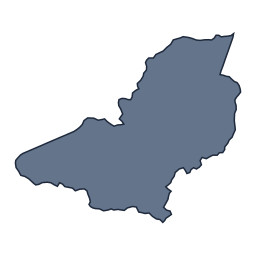 outline of Terra Nova, Pernambuco, Brazil
{"feature_id": "56859067B57028644617206", "entity_name": "Terra Nova", "entity_type": "district", "adm_level": 2, "iso_a3": "BRA", "parent_name": "Brazil", "parent_adm1": "Pernambuco", "projection": "albers", "projection_center": [-39.396, -8.152], "detail": "fine", "context": "isolated", "style": "filled", "palette": "slate", "viewbox_px": 256, "rotation_deg": 0, "n_neighbors": 0, "source": "geoboundaries", "source_scale": "gbopen_adm2", "svg_char_len": 2398}
<svg xmlns="http://www.w3.org/2000/svg" viewBox="0 0 256 256"><path d="M217.2,155.2L219.4,152.7L222.7,152.6L224.7,149.6L224.7,147.0L227.7,143.3L229.2,140.0L232.1,137.2L233.7,133.3L235.3,129.8L235.0,126.6L234.6,123.3L234.3,120.7L234.4,117.5L234.6,113.3L236.2,109.6L236.1,105.4L235.1,102.4L234.9,99.8L236.8,96.8L238.7,94.7L240.6,92.1L240.2,89.1L239.1,85.5L237.1,82.6L234.5,81.6L231.8,79.3L229.2,76.7L226.3,76.3L223.1,75.2L220.0,74.6L221.0,71.0L223.0,65.7L225.3,59.0L231.7,40.9L232.9,37.3L233.6,33.6L231.0,35.6L227.4,36.2L224.2,36.4L221.3,36.9L218.8,35.3L216.1,35.2L214.1,38.2L211.5,40.0L208.6,39.7L204.6,39.8L200.0,40.4L196.2,40.0L192.3,38.5L188.7,37.5L186.1,37.1L183.0,36.7L180.3,37.9L176.7,38.9L173.3,39.9L170.7,44.3L166.8,47.4L163.1,51.1L159.6,52.7L155.9,54.5L153.4,58.0L148.7,58.0L146.6,60.2L145.5,62.6L146.7,66.5L146.4,70.1L143.7,73.2L143.2,76.2L140.7,80.3L137.3,83.5L137.6,86.4L138.8,88.7L135.6,90.5L132.6,92.9L132.1,97.1L130.6,99.7L128.0,99.6L125.1,98.6L121.9,98.4L119.0,99.6L118.4,102.5L118.8,105.7L120.8,109.2L122.7,114.0L120.8,116.6L119.3,118.9L121.9,121.2L123.8,124.1L121.2,124.7L117.5,125.0L114.1,126.2L111.7,124.8L109.2,123.1L107.1,121.5L104.6,118.9L101.1,119.7L98.1,120.2L93.9,118.2L87.7,117.9L84.0,120.6L82.3,124.5L79.7,127.3L76.8,129.6L73.9,131.5L45.9,143.5L41.4,145.5L38.6,146.7L23.0,153.4L20.5,155.0L18.0,157.7L15.8,160.3L15.4,163.0L16.1,167.6L18.7,171.3L20.8,175.3L25.0,176.5L28.8,178.8L31.3,181.1L33.5,183.2L35.7,184.9L38.7,184.4L42.3,182.6L47.4,182.2L51.0,182.8L54.2,184.8L57.4,186.3L59.6,182.7L62.7,184.2L64.8,186.6L68.9,187.4L72.5,188.1L75.3,190.8L79.8,189.2L84.4,188.9L87.0,190.9L87.9,194.1L89.6,198.4L90.3,201.9L89.0,204.4L90.4,206.5L92.8,207.9L95.5,208.6L99.3,208.8L103.6,210.8L108.3,210.0L111.1,208.9L113.8,210.0L117.9,209.4L120.8,209.9L124.3,210.4L127.4,207.9L132.5,206.5L136.3,207.0L137.5,209.5L138.8,212.1L141.7,212.6L145.0,213.5L149.1,213.0L152.5,216.4L156.3,218.9L160.1,219.6L162.8,222.4L164.6,220.6L166.0,218.2L168.4,216.6L171.4,214.4L170.1,211.1L166.5,210.1L163.6,207.2L165.7,203.5L167.9,199.5L168.5,196.3L169.4,193.2L171.1,191.2L168.2,189.2L165.8,186.8L168.5,184.7L170.8,182.5L171.6,179.9L174.1,176.4L175.2,172.5L179.2,169.0L183.4,167.7L185.4,170.6L186.9,173.5L189.8,172.5L191.0,169.6L193.6,167.7L196.4,169.0L199.3,167.2L201.4,164.8L200.1,160.6L202.1,157.4L206.3,158.7L209.2,157.0L212.7,155.2L217.2,155.2Z" fill="#64748b" stroke="#1e293b" stroke-width="1.5"/></svg>